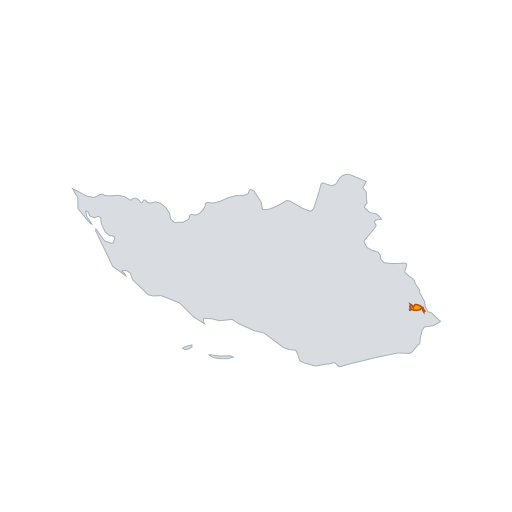 location of San Marcos, Ocotepeque, Honduras, rotated 206°
{"feature_id": "27666195B1401458590490", "entity_name": "San Marcos", "entity_type": "district", "adm_level": 2, "iso_a3": "HND", "parent_name": "Honduras", "parent_adm1": "Ocotepeque", "projection": "orthographic", "projection_center": [-88.963, 14.406], "detail": "fine", "context": "in_parent", "style": "filled", "palette": "amber", "viewbox_px": 512, "rotation_deg": 206, "n_neighbors": 0, "source": "geoboundaries", "source_scale": "gbopen_adm2", "svg_char_len": 4249}
<svg xmlns="http://www.w3.org/2000/svg" viewBox="0 0 512 512"><g transform="rotate(206 256 256)"><path d="M450.4,236.2L434.3,235.6L426.8,237.8L423.6,242.4L420.8,244.5L418.4,244.1L413.6,246.0L406.4,250.2L399.8,251.8L394.0,251.0L392.3,252.0L391.9,253.3L391.0,254.6L388.7,255.4L386.1,255.0L383.2,253.7L381.6,254.3L381.5,257.0L379.9,257.7L376.9,256.5L373.6,257.5L369.9,260.7L364.6,261.5L357.8,259.8L352.5,256.5L348.7,251.6L344.2,250.4L336.4,254.3L333.2,258.7L332.6,261.3L333.4,263.7L332.0,265.4L328.4,266.2L325.6,269.2L323.8,274.4L323.5,278.3L324.7,281.1L322.9,283.1L318.2,284.5L312.6,289.0L306.2,296.6L299.8,301.9L293.5,305.0L290.4,308.3L290.7,311.9L290.3,313.1L289.1,313.5L287.0,314.0L274.5,306.3L270.8,300.9L267.8,301.8L263.9,304.6L258.5,310.8L252.7,319.3L249.9,320.3L235.1,319.2L227.4,320.0L225.8,321.1L225.1,324.2L225.6,328.4L227.8,343.1L229.1,349.2L227.9,351.1L223.9,351.5L218.8,352.4L216.0,355.2L215.4,358.1L215.1,362.1L213.5,366.2L210.4,369.2L207.2,370.3L189.6,371.3L189.9,364.4L184.8,361.7L181.9,356.0L179.3,352.1L180.1,349.8L179.9,347.1L172.7,345.0L166.0,346.7L162.2,345.6L159.3,344.2L164.2,340.8L164.5,338.7L162.9,337.2L161.3,336.2L161.8,332.4L162.8,327.9L165.4,317.3L164.4,315.4L159.9,312.3L154.3,312.0L148.0,313.0L145.0,311.4L142.4,307.8L137.9,306.1L130.0,309.0L121.7,313.4L119.1,315.0L117.0,314.8L116.1,311.5L115.6,307.6L115.1,306.7L110.7,305.3L105.5,304.3L102.8,303.2L100.3,300.6L94.1,297.2L92.7,294.7L84.4,288.9L82.7,286.0L80.8,283.9L76.8,281.3L73.7,281.9L63.2,278.6L61.6,278.3L63.0,275.4L66.4,270.9L73.6,265.9L74.2,261.8L72.3,254.1L70.4,249.0L71.5,246.8L73.7,237.8L75.4,235.7L85.9,231.1L86.8,230.4L95.1,224.0L104.2,216.9L113.6,209.1L124.2,200.3L130.0,195.1L132.7,192.9L138.7,194.7L143.5,190.6L146.3,189.2L152.7,184.2L154.7,183.1L165.5,181.0L170.7,181.0L175.3,186.0L179.0,188.7L185.8,186.3L191.5,185.8L215.2,190.3L224.6,188.1L241.8,187.5L249.6,188.6L260.5,181.8L267.5,180.4L275.7,177.2L274.6,174.0L272.6,172.6L285.1,173.8L304.0,180.3L323.9,178.8L331.0,175.0L335.7,173.9L356.2,180.4L361.7,185.6L365.9,186.1L369.2,184.8L370.0,183.7L366.0,182.6L364.1,181.0L380.3,183.9L411.1,208.3L411.8,210.3L398.7,203.2L391.9,203.9L390.1,205.2L390.6,209.2L391.3,211.1L394.2,211.2L396.3,210.1L401.7,211.3L405.3,213.9L409.7,217.9L412.4,222.4L415.2,222.4L417.9,219.6L423.0,219.2L426.4,222.1L428.8,221.9L425.4,217.3L417.5,212.8L419.3,212.6L436.8,220.5L442.0,230.8L446.1,233.1L450.4,236.2ZM245.2,150.0L235.3,155.1L232.1,155.1L236.7,151.1L244.0,147.7L250.2,145.9L255.4,146.6L245.2,150.0ZM279.3,144.1L274.6,148.0L273.7,146.3L275.9,142.8L278.8,140.7L281.5,140.9L280.9,142.4L279.3,144.1Z" fill="#d9dde1" stroke="#a8b0b8" stroke-width="1"/><path d="M96.6,280.4L95.3,279.2L95.7,278.1L95.7,277.7L95.4,277.6L95.1,277.5L94.9,277.5L94.8,277.4L94.7,277.4L94.7,277.5L94.6,277.4L94.6,277.2L94.4,277.0L94.4,276.9L94.3,276.7L94.3,276.4L94.3,276.2L94.2,276.2L94.3,276.1L94.2,276.0L94.6,275.3L94.6,275.2L94.4,275.1L94.2,275.0L94.2,274.9L94.1,274.7L93.9,274.6L92.8,276.3L92.7,276.3L92.6,276.2L92.4,276.2L92.3,276.3L92.2,276.3L90.7,276.4L90.7,276.5L90.4,276.6L90.2,276.6L89.9,276.5L89.7,276.7L87.1,277.9L85.0,279.7L85.1,280.2L85.1,280.3L85.1,280.5L85.0,280.8L84.9,280.8L84.7,280.9L84.7,281.0L84.5,281.3L84.4,281.4L84.2,281.4L83.9,281.4L83.7,281.3L83.4,281.3L83.3,281.2L83.2,281.2L82.9,280.9L82.6,280.7L82.4,280.4L82.1,280.1L81.9,279.9L81.6,279.7L80.6,279.1L80.7,279.3L80.7,279.5L80.5,279.8L80.4,279.8L80.3,280.0L80.2,280.0L79.9,280.3L79.9,280.5L80.1,280.7L80.3,280.7L80.8,281.0L81.0,281.1L81.4,281.2L81.6,281.1L81.8,281.1L82.0,281.1L82.1,281.3L82.1,281.5L82.3,281.8L82.4,282.0L82.5,282.0L82.8,282.2L82.8,282.3L82.7,282.3L82.8,282.3L82.8,282.5L83.0,282.6L83.2,282.8L83.3,282.8L83.5,282.9L83.8,282.9L84.0,282.8L84.6,282.8L84.8,282.7L85.0,282.7L85.1,282.8L85.4,282.8L85.5,283.0L85.9,283.1L86.1,283.2L86.3,283.2L86.5,283.2L87.6,283.2L88.7,283.0L88.8,283.1L89.0,283.1L89.5,283.0L89.7,282.9L89.8,282.9L90.0,282.9L90.3,282.7L90.5,282.6L90.8,282.4L91.0,282.4L91.3,282.3L91.5,282.3L91.5,282.2L91.9,281.5L91.9,281.4L92.0,281.4L92.0,280.7L92.1,280.3L92.1,279.9L92.1,279.4L92.0,278.6L92.2,278.8L92.3,278.8L92.5,278.9L92.8,278.8L93.0,278.9L93.3,278.9L93.4,279.2L93.4,279.3L93.5,279.6L94.4,280.2L94.7,280.4L95.3,280.3L96.6,280.4Z" fill="#f59e0b" stroke="#b45309" stroke-width="1.5"/></g></svg>